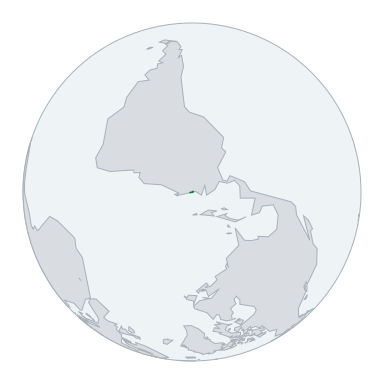 the Earth from above Vargas, rotated 169°
{"feature_id": "VEN-42", "entity_name": "Vargas", "entity_type": "State", "adm_level": 1, "iso_a3": "VEN", "parent_name": "Venezuela", "parent_adm1": "", "projection": "orthographic", "projection_center": [-66.956, 10.514], "detail": "fine", "context": "on_globe", "style": "filled", "palette": "green", "viewbox_px": 384, "rotation_deg": 169, "n_neighbors": 0, "source": "natural_earth", "source_scale": "10m", "svg_char_len": 8561}
<svg xmlns="http://www.w3.org/2000/svg" viewBox="0 0 384 384"><g transform="rotate(169 192 192)"><circle cx="192" cy="192" r="169" fill="#eef3f6" stroke="#a8b0b8"/><path d="M159.5,197.9L155.6,195.9L151.6,200.8L138.6,192.1L134.3,181.9L96.5,163.4L93.0,158.0L93.8,149.8L85.6,122.1L87.1,147.5L83.1,142.2L80.7,132.9L83.1,131.0L83.0,117.9L80.0,112.7L83.4,97.2L96.7,79.2L97.1,82.2L100.2,78.0L100.0,74.2L99.1,72.8L109.8,57.3L111.0,49.4L105.7,50.8L111.3,47.9L97.5,53.8L94.6,54.5L101.4,51.6L104.8,49.7L104.5,48.7L107.9,46.7L109.7,45.2L113.8,43.0L117.5,42.1L120.2,40.8L119.8,40.3L123.7,38.2L123.8,39.1L130.6,35.6L138.0,34.7L135.0,40.9L142.5,40.4L148.6,47.5L151.5,45.7L155.6,48.0L160.5,47.0L160.2,49.1L164.3,46.6L163.7,44.9L165.2,43.4L168.0,42.8L168.2,45.2L166.8,45.9L168.3,46.3L167.2,47.8L169.3,46.7L169.2,50.1L173.5,46.1L176.9,48.1L175.6,50.6L170.3,51.2L154.3,60.2L151.5,63.8L152.7,67.7L166.5,72.7L165.6,76.6L168.3,81.3L171.3,78.5L170.2,73.9L176.5,70.2L174.5,65.5L176.7,63.6L176.8,58.9L182.6,58.9L188.2,61.5L188.5,65.6L190.9,67.0L195.5,62.9L200.4,70.7L211.6,76.9L212.3,79.4L205.0,83.9L193.1,84.0L183.6,91.9L195.7,86.3L197.1,93.3L199.8,94.5L203.1,94.1L204.9,91.4L206.6,93.9L195.4,99.9L193.7,97.6L197.2,95.6L191.6,96.0L184.1,101.0L185.4,104.6L172.6,109.9L173.3,112.7L171.0,115.8L170.6,110.7L171.0,120.2L156.2,130.8L156.5,148.4L149.8,134.7L143.5,133.0L135.8,133.1L135.7,135.9L125.6,133.5L116.0,139.2L111.8,153.0L114.6,163.9L125.8,164.8L129.6,158.9L138.0,157.9L131.2,174.0L145.8,176.8L143.9,189.0L148.1,195.4L155.6,193.9L163.3,197.1L169.1,190.0L178.2,186.2L178.2,196.1L183.4,187.1L188.4,191.9L206.7,191.3L205.3,193.6L220.6,204.9L237.4,209.4L241.3,216.4L239.3,221.0L245.2,221.9L245.2,224.8L268.6,227.8L280.4,233.9L280.0,243.9L270.0,256.0L260.7,279.8L242.7,288.3L238.0,297.4L223.7,310.6L212.8,310.0L215.9,316.0L209.7,319.8L202.6,320.1L201.4,324.2L196.1,324.4L199.6,327.0L191.3,332.2L193.9,336.3L187.9,340.1L189.8,342.4L187.5,342.3L185.1,343.1L185.0,344.3L177.6,342.1L175.2,336.9L177.6,334.3L174.5,333.7L179.5,326.6L176.2,328.1L176.4,316.7L180.9,307.0L183.1,277.1L179.3,270.9L166.3,263.5L150.5,239.5L154.6,229.7L151.2,225.0L162.2,211.1L159.5,197.9ZM32.2,138.8L33.5,135.0L32.9,137.6L32.2,138.8ZM34.3,132.6L33.8,133.9L34.2,132.8L34.3,132.6ZM34.5,131.7L34.3,132.4L34.4,132.0L34.5,131.7ZM34.6,131.0L34.6,131.4L34.6,131.0ZM155.3,154.4L172.1,163.1L162.2,164.1L164.2,162.5L160.0,158.9L152.1,155.6L143.5,157.3L155.3,154.4ZM35.4,128.8L35.6,128.2L35.4,128.8ZM163.5,144.7L160.6,144.0L163.5,144.0L163.5,144.7ZM98.2,72.7L99.7,74.4L98.6,78.8L97.0,77.5L98.2,72.7ZM100.8,65.2L102.4,65.1L98.7,69.0L98.9,67.8L100.8,65.2ZM101.2,52.6L101.8,53.1L100.0,53.4L101.2,52.6ZM109.2,45.4L108.0,46.0L109.5,45.0L109.2,45.4ZM173.6,59.4L175.2,59.2L174.3,60.1L173.6,59.4ZM172.2,57.7L170.1,58.9L169.1,58.3L170.4,57.6L172.2,57.7ZM117.1,41.0L119.8,39.5L117.7,40.8L117.1,41.0ZM175.0,56.3L167.6,57.2L165.9,56.2L169.5,52.5L175.0,56.3ZM121.8,38.5L128.4,35.5L126.2,36.4L136.2,32.6L127.3,36.1L125.0,37.5L124.3,37.5L121.8,38.5ZM162.2,44.7L163.1,46.4L159.8,45.6L162.2,44.7ZM159.7,44.6L147.3,45.2L147.4,42.7L151.5,42.8L149.6,40.4L155.8,38.8L158.3,39.8L156.9,41.6L160.3,39.7L159.7,44.6ZM140.6,31.3L142.8,30.6L141.2,31.2L140.6,31.3ZM165.6,42.7L163.1,42.9L163.0,40.7L168.1,39.9L166.5,40.9L165.6,42.7ZM146.1,40.6L146.9,39.1L152.2,37.3L153.2,36.5L156.0,38.5L146.1,40.6ZM167.9,41.1L170.6,39.7L173.2,40.3L168.1,42.4L167.9,41.1ZM160.9,40.5L161.1,39.5L162.6,39.8L160.9,40.5ZM183.9,42.3L180.9,42.2L180.6,41.0L183.9,42.3ZM171.5,39.1L170.6,38.9L170.1,38.5L172.4,37.8L171.5,39.1ZM159.5,37.3L161.5,37.0L158.6,36.3L162.4,35.3L163.6,36.9L164.7,35.8L165.9,35.5L165.5,37.2L159.5,37.3ZM173.3,36.0L176.1,38.2L181.8,38.4L182.2,39.4L173.0,38.9L173.3,36.0ZM168.8,36.5L171.7,36.4L170.7,37.5L168.1,38.4L168.8,36.5ZM164.6,34.0L158.5,35.2L158.4,34.9L164.6,34.0ZM175.2,35.8L174.5,35.3L175.7,35.6L175.2,35.8ZM168.1,34.2L165.9,34.6L165.9,34.2L168.1,34.2ZM174.9,34.1L175.8,34.7L174.0,35.2L174.9,34.1ZM171.9,33.9L172.5,33.2L172.9,35.0L170.9,34.2L171.9,33.9ZM168.4,33.7L167.7,33.6L169.4,33.6L168.4,33.7ZM181.0,32.0L181.9,34.1L178.0,35.1L177.7,32.9L181.0,32.0ZM190.0,346.5L178.3,342.8L184.8,344.6L189.0,342.7L195.2,345.4L190.0,346.5ZM202.5,341.6L207.5,340.4L208.8,341.0L205.6,342.0L202.5,341.6ZM326.1,89.2L327.1,90.8L322.2,85.1L316.4,77.6L326.1,89.2ZM310.3,71.4L309.2,70.3L307.3,68.5L307.1,68.5L316.0,77.8L318.8,80.6L320.9,84.8L325.7,90.1L328.0,93.6L320.7,86.2L317.9,82.9L308.2,76.7L311.3,80.4L320.7,86.7L319.8,86.8L324.2,92.7L320.2,88.2L309.1,81.2L308.0,86.2L314.6,103.3L312.3,106.4L306.7,105.4L296.2,90.7L302.6,85.7L299.0,81.3L290.8,76.7L293.5,75.8L290.9,73.6L292.6,71.8L288.3,65.0L289.0,63.1L280.8,56.7L280.1,55.1L285.2,59.2L289.1,61.4L290.1,57.9L288.4,56.1L283.0,52.5L283.9,52.3L278.5,49.2L275.9,46.5L274.6,47.6L268.2,44.1L263.0,40.8L260.7,40.0L269.0,45.6L272.6,47.8L276.0,49.2L285.5,56.3L286.5,58.4L275.7,52.3L276.0,55.0L267.5,49.9L250.2,36.8L246.3,33.9L253.6,34.9L258.3,36.9L258.0,37.3L264.3,39.6L260.9,38.1L261.7,38.3L255.7,35.7L256.0,35.7L249.9,33.4L249.5,33.2L253.5,34.6L248.4,32.7L259.8,37.3L270.9,42.6L281.5,48.7L291.7,55.6L301.3,63.1L310.3,71.4ZM142.0,30.6L136.2,32.6L126.2,36.4L126.3,36.3L142.0,30.6ZM337.8,277.4L341.0,271.4L350.7,245.5L355.0,231.6L356.6,221.9L355.7,202.8L356.2,190.1L355.0,185.9L353.0,188.7L351.1,183.7L349.5,184.5L336.4,195.2L329.8,189.6L315.9,169.2L316.5,158.9L312.1,148.5L311.9,107.0L317.0,107.1L322.6,97.0L324.2,97.4L329.0,105.3L337.6,110.1L333.9,102.6L336.3,104.1L336.1,103.8L342.1,114.4L347.3,125.4L351.6,136.7L355.2,148.3L357.9,160.1L359.8,172.1L360.8,184.3L360.9,196.4L360.1,208.5L358.5,220.6L356.0,232.5L352.7,244.2L348.5,255.6L343.6,266.7L337.8,277.4ZM317.9,126.1L319.3,129.2L317.9,126.1ZM207.3,191.1L209.4,193.0L206.5,193.1L207.3,191.1ZM160.7,168.1L164.3,168.4L166.2,169.9L163.4,170.4L160.7,168.1ZM191.6,168.5L195.8,169.3L191.4,170.1L191.6,168.5ZM174.8,164.2L188.2,168.2L179.5,171.1L171.1,168.7L177.0,167.9L174.8,164.2ZM161.5,150.4L163.7,151.1L162.9,152.9L161.5,150.4ZM165.6,144.8L164.8,144.9L163.7,143.5L165.6,144.8ZM197.7,93.0L198.7,92.6L202.0,92.8L200.4,93.9L197.7,93.0ZM217.5,87.4L219.8,91.7L217.0,89.2L215.1,91.4L206.9,89.2L212.2,80.5L211.2,84.7L217.5,87.4ZM197.3,84.6L201.9,86.5L196.6,84.8L197.3,84.6ZM275.1,64.7L277.9,65.3L280.6,68.0L279.6,71.8L275.8,67.6L275.1,64.7ZM281.3,65.6L270.8,59.3L271.0,57.2L272.7,59.4L273.9,58.6L276.9,61.9L287.3,66.6L290.2,69.5L286.8,74.0L286.3,70.7L283.6,70.1L281.3,65.6ZM243.8,51.6L239.3,50.1L245.5,47.2L249.0,49.0L248.3,52.5L243.7,52.4L243.8,51.6ZM182.7,50.3L180.5,50.8L180.5,50.0L182.3,48.9L182.7,50.3ZM182.6,42.3L192.0,47.7L190.0,48.4L197.9,51.3L195.8,54.5L190.7,52.3L195.0,57.3L189.6,56.6L193.1,59.9L182.1,54.9L177.4,54.9L183.4,53.6L185.5,50.6L185.0,49.3L180.1,46.0L171.0,45.1L171.7,42.4L174.5,40.8L176.8,40.6L175.6,42.3L179.5,40.8L179.6,43.2L182.6,42.3ZM207.4,29.9L205.2,30.8L212.9,30.5L213.1,31.9L213.9,31.8L216.2,33.2L220.5,34.7L219.8,35.4L221.7,35.8L223.3,36.9L225.8,37.7L225.3,39.3L228.3,40.6L226.4,40.7L231.7,42.4L227.6,41.9L229.2,43.6L232.3,43.2L224.0,52.3L223.7,57.3L225.7,62.1L218.4,61.1L211.8,56.4L206.7,50.5L208.1,46.1L204.5,46.8L204.1,45.0L207.1,45.2L202.3,43.8L202.7,42.5L198.2,38.8L190.9,38.2L189.1,37.0L192.1,36.6L188.1,35.8L192.7,34.4L191.5,33.6L194.7,31.7L201.4,31.8L199.5,31.0L201.9,29.8L207.4,29.9ZM182.1,31.5L190.0,30.6L193.9,31.2L186.6,34.4L187.1,35.3L182.5,37.8L176.9,37.1L178.7,36.4L179.1,35.6L180.7,36.1L179.8,35.1L182.3,34.2L182.2,33.2L184.8,33.1L182.1,31.5ZM322.7,93.8L323.3,93.6L323.6,92.4L326.3,96.3L322.7,93.8ZM315.3,89.1L315.4,88.1L319.4,92.6L318.7,93.1L315.3,89.1ZM312.1,84.0L315.1,87.7L313.1,86.0L312.1,84.0ZM284.9,58.3L284.6,57.3L285.9,58.0L287.6,59.6L284.9,58.3ZM230.3,31.0L228.4,31.0L227.5,30.6L221.6,29.8L221.0,28.9L224.4,29.1L230.3,31.0ZM329.2,94.8L330.2,95.3L329.9,95.8L329.2,94.8ZM228.7,29.9L226.4,29.6L227.5,29.4L228.7,29.9ZM220.3,28.3L221.1,28.0L220.3,28.8L220.3,28.3ZM238.0,29.4L237.9,29.5L228.6,27.2L220.4,25.4L229.2,27.2L235.2,28.7L236.8,29.1L238.0,29.4ZM198.0,23.1L197.9,23.1L198.0,23.1ZM201.0,23.3L202.6,23.4L199.6,23.3L198.7,23.2L199.9,23.2L201.0,23.3ZM216.0,25.7L218.7,26.2L217.6,26.2L216.0,25.7ZM142.1,30.7L142.7,30.6L141.0,31.1L142.1,30.7Z" fill="#d9dde1" stroke="#a8b0b8" stroke-width="1"/><path d="M190.7,191.9L190.9,191.9L191.2,191.9L191.4,191.9L191.5,191.8L191.8,191.7L192.2,191.7L192.5,191.7L193.2,191.7L193.5,191.7L193.8,191.7L193.9,191.8L193.7,191.9L193.4,191.9L193.2,191.9L192.7,191.9L192.3,191.9L192.2,191.9L191.9,191.9L191.7,191.9L191.7,192.0L191.4,192.2L191.2,192.3L191.2,192.2L191.1,192.3L190.9,192.3L190.8,192.2L190.7,192.0L190.7,191.9L190.7,191.9Z" fill="#22c55e" stroke="#15803d" stroke-width="1.5"/></g></svg>